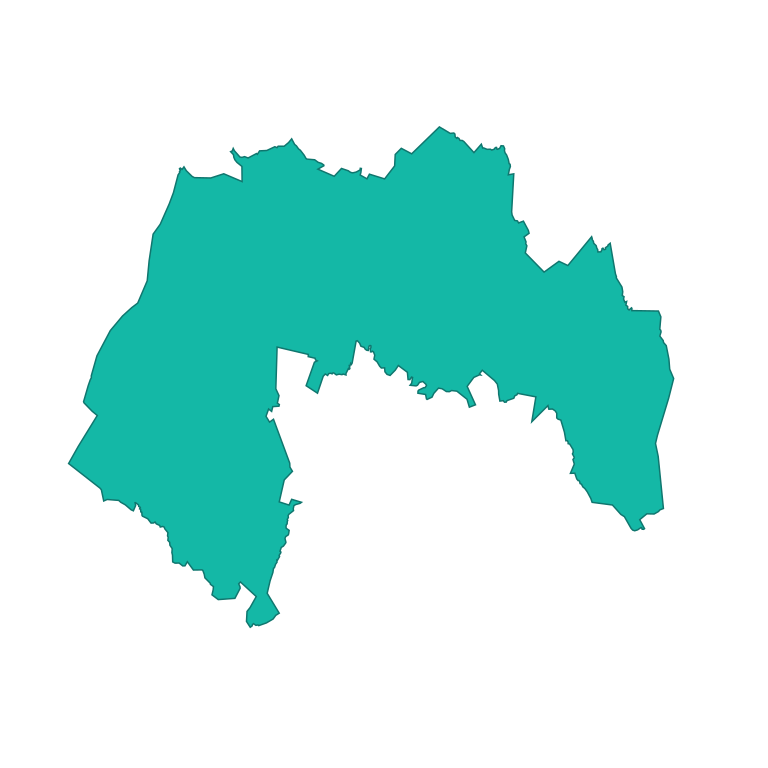 outline of Santa María del Río, San Luis Potosí, Mexico, rotated 10°
{"feature_id": "50627088B88756295240555", "entity_name": "Santa María del Río", "entity_type": "district", "adm_level": 2, "iso_a3": "MEX", "parent_name": "Mexico", "parent_adm1": "San Luis Potosí", "projection": "equal_earth", "projection_center": [-100.523, 21.735], "detail": "fine", "context": "isolated", "style": "filled", "palette": "teal", "viewbox_px": 768, "rotation_deg": 10, "n_neighbors": 0, "source": "geoboundaries", "source_scale": "gbopen_adm2", "svg_char_len": 6160}
<svg xmlns="http://www.w3.org/2000/svg" viewBox="0 0 768 768"><g transform="rotate(10 384 384)"><path d="M87.2,517.1L122.3,535.8L124.0,537.2L128.3,547.9L131.4,545.8L143.0,544.7L145.3,546.2L150.2,547.9L156.8,551.8L159.2,552.4L160.5,546.8L159.5,544.1L159.9,544.0L163.1,545.6L163.8,547.2L165.4,547.8L165.0,549.4L166.1,549.7L166.7,552.2L167.7,552.3L168.5,555.4L169.1,556.1L174.7,557.7L178.7,561.4L181.2,560.9L182.5,559.7L184.1,561.3L187.6,562.2L188.5,563.7L190.9,562.7L192.5,563.2L193.2,564.6L197.0,567.9L197.2,571.2L198.1,572.4L198.3,575.5L200.4,577.1L201.2,580.0L204.0,582.9L204.4,586.9L205.4,589.2L206.8,595.9L209.3,596.7L213.3,595.9L217.4,598.1L219.6,597.6L221.2,593.2L228.6,600.3L236.9,598.7L237.9,599.0L239.9,602.4L241.3,606.0L247.5,610.4L247.9,611.5L251.2,613.1L251.5,616.4L251.2,621.5L258.2,625.1L274.4,621.0L277.8,610.2L277.3,608.5L275.6,606.0L277.0,603.9L295.1,615.5L290.9,627.5L288.6,631.7L289.8,641.7L294.5,646.8L296.1,645.2L296.3,643.7L297.1,642.7L299.7,643.9L301.7,643.2L302.6,643.7L309.7,639.7L315.6,634.7L317.6,630.6L320.6,627.9L305.3,610.4L306.0,597.6L307.3,589.0L307.2,584.7L308.0,583.9L308.5,580.4L309.6,578.0L309.0,576.0L309.7,576.0L311.1,572.1L310.5,570.9L311.7,568.1L311.6,567.3L310.6,566.8L311.2,562.8L313.1,561.1L314.7,557.9L314.9,556.9L313.3,553.3L313.7,551.3L315.8,549.4L316.1,548.3L316.0,544.6L312.8,543.1L312.3,541.8L312.2,539.7L312.9,538.6L312.6,536.2L312.9,535.2L312.2,534.0L313.0,532.2L312.4,530.2L312.9,528.9L316.9,524.4L316.3,522.7L316.4,519.4L318.1,518.0L322.1,516.1L323.3,514.8L313.1,513.6L311.5,519.7L301.3,518.3L302.4,495.8L309.0,485.9L305.8,482.2L304.9,478.3L281.3,437.9L277.9,441.4L273.4,436.3L274.7,428.7L278.1,430.5L278.4,425.6L284.4,424.1L284.5,422.4L282.3,421.4L282.6,413.7L278.3,407.5L272.3,366.2L304.3,368.0L304.6,370.2L311.7,370.6L312.4,372.2L314.2,372.8L311.7,374.6L307.6,399.2L320.1,404.6L322.8,386.9L324.4,384.4L327.0,385.4L327.7,383.4L329.4,382.7L331.1,383.0L331.2,382.3L332.5,381.8L335.5,383.3L338.1,382.1L341.0,382.1L342.0,381.3L345.0,381.7L344.7,380.4L346.0,375.9L346.3,376.4L346.2,375.2L346.5,374.7L347.4,375.3L347.7,374.8L346.7,372.1L347.3,372.2L347.6,369.5L348.5,370.4L349.0,368.9L349.1,346.6L350.2,346.0L352.9,348.0L354.7,350.8L358.1,351.4L359.6,353.1L361.3,353.8L362.7,353.7L362.7,349.3L363.6,348.5L364.5,348.7L364.8,350.5L364.3,351.7L365.2,354.7L366.3,354.5L366.8,353.7L368.1,354.2L369.9,357.3L369.8,361.3L373.4,363.4L376.6,367.2L378.6,368.7L381.8,368.0L382.8,371.8L385.3,374.0L388.5,374.5L392.7,368.4L394.9,363.3L405.0,368.4L406.9,375.4L408.7,375.2L409.9,372.4L411.0,372.6L411.1,378.4L409.9,380.7L415.9,380.3L417.2,379.4L418.7,376.2L421.9,374.8L425.3,377.0L426.1,378.2L425.1,380.4L423.7,380.8L419.2,384.0L418.7,385.1L419.0,387.2L426.8,387.1L428.4,391.3L429.1,391.7L433.6,388.6L434.7,384.6L438.4,378.6L442.1,378.6L446.7,380.6L449.7,380.2L451.7,378.7L457.0,378.4L468.4,384.6L472.1,392.0L477.7,388.6L466.3,371.9L471.3,361.9L476.6,358.3L477.6,358.3L476.3,357.3L478.4,353.4L492.2,361.4L495.6,364.4L498.0,370.6L498.7,374.1L501.1,380.7L504.4,379.7L505.8,381.0L507.5,380.6L508.0,379.0L514.3,375.5L514.8,373.0L516.8,371.5L517.2,370.0L535.8,370.3L536.1,395.5L549.2,376.8L550.7,380.2L554.3,379.4L557.2,380.7L559.2,382.8L560.0,387.4L561.5,388.4L564.4,388.8L570.0,400.0L573.0,408.3L574.5,408.0L575.4,409.3L575.7,410.8L577.3,410.9L581.6,415.8L582.2,418.4L581.7,420.1L583.9,422.9L584.1,423.8L583.2,425.5L585.3,429.8L583.1,439.6L587.4,438.7L590.3,444.0L591.9,445.4L592.5,445.2L593.5,445.9L594.4,448.0L595.9,448.4L597.7,450.8L599.9,452.0L602.9,454.9L607.6,460.9L609.5,464.4L630.0,463.5L639.9,471.3L643.8,472.9L652.4,483.3L654.3,484.7L656.4,485.0L659.1,483.6L662.1,480.7L662.6,480.7L663.4,482.2L665.0,482.0L665.7,481.2L659.4,473.2L665.4,466.2L672.6,465.1L676.5,461.9L677.5,460.1L680.8,458.1L666.6,407.7L661.7,395.4L662.2,387.1L666.8,348.5L668.3,328.3L662.8,319.8L660.3,310.1L655.3,297.2L652.1,294.6L651.4,292.7L647.3,288.9L647.8,284.6L647.2,283.0L646.1,282.3L645.0,269.8L641.6,264.5L615.3,268.7L615.0,266.4L614.5,266.0L612.5,268.5L610.9,267.6L610.5,265.3L608.5,264.3L608.6,260.6L607.0,261.6L605.2,258.8L605.2,256.3L603.3,255.5L603.1,251.7L601.5,247.2L594.3,239.1L594.3,238.0L592.8,235.3L582.3,206.1L580.5,208.2L580.4,209.4L578.4,211.3L578.8,212.6L578.3,213.1L577.4,213.5L576.0,212.2L575.2,212.9L575.3,214.1L574.6,216.2L571.7,216.8L571.1,214.5L570.0,213.3L568.9,210.9L566.1,209.0L565.4,207.1L563.8,205.4L563.8,204.6L562.9,202.9L544.5,235.4L535.0,232.8L522.2,246.0L500.4,230.4L500.7,223.1L499.2,221.2L499.2,219.4L496.4,214.8L500.7,210.4L499.5,207.7L493.0,199.4L488.6,202.0L487.1,200.2L484.3,200.2L480.8,195.3L479.8,192.2L475.3,154.5L470.1,156.4L470.2,150.8L470.7,147.9L470.0,145.7L469.0,145.3L467.4,141.2L465.0,137.2L463.0,135.2L462.1,133.2L462.0,131.3L460.3,128.8L457.9,129.0L457.0,131.8L455.0,133.2L454.4,133.1L453.8,131.5L453.2,131.5L452.0,132.7L451.8,133.6L449.5,134.9L448.0,134.3L444.8,135.0L441.1,134.2L440.2,134.5L438.2,130.9L432.4,140.5L420.5,131.3L418.8,130.6L416.5,130.9L415.2,129.2L413.5,128.5L413.0,129.4L411.2,128.3L410.4,125.5L409.2,124.7L405.7,125.7L393.9,121.2L371.3,152.5L360.1,148.9L355.2,156.0L356.6,167.4L349.0,181.9L333.2,179.9L331.6,184.9L324.2,182.3L324.5,180.0L324.3,175.7L323.2,175.7L323.2,177.4L319.8,180.1L316.5,181.5L314.4,181.4L311.8,180.2L304.7,179.1L298.9,188.1L281.6,183.9L286.9,179.5L286.7,178.8L284.2,177.6L280.6,177.1L276.8,175.2L269.1,175.9L268.1,175.5L265.6,172.5L261.0,168.3L259.0,167.3L256.4,164.7L254.4,163.6L250.5,158.6L248.1,162.8L244.4,167.2L238.5,168.2L237.6,169.8L235.3,169.3L228.0,174.4L221.0,176.0L219.4,179.8L218.4,179.2L210.9,185.0L207.2,184.3L204.8,185.5L202.7,185.5L196.2,180.3L194.6,178.2L194.1,180.8L192.6,181.8L195.9,184.3L196.8,186.9L198.2,189.1L200.7,191.3L206.3,194.4L209.1,209.3L189.7,204.8L177.6,211.2L161.5,213.7L159.0,212.9L152.3,208.3L149.3,204.9L147.9,207.7L145.9,206.7L145.2,207.5L145.6,208.2L146.0,207.8L146.4,209.1L145.7,210.5L146.1,211.2L144.9,213.8L143.4,232.2L141.2,244.0L135.9,265.5L130.6,276.5L131.3,303.5L132.9,323.5L127.4,347.1L122.3,352.6L114.7,362.4L105.2,378.9L96.4,406.1L94.3,426.8L94.7,428.7L94.0,430.8L93.0,436.9L91.2,453.6L91.9,454.7L101.3,461.5L107.1,464.8L93.7,498.6L87.2,517.1Z" fill="#14b8a6" stroke="#0f766e" stroke-width="1.5"/></g></svg>